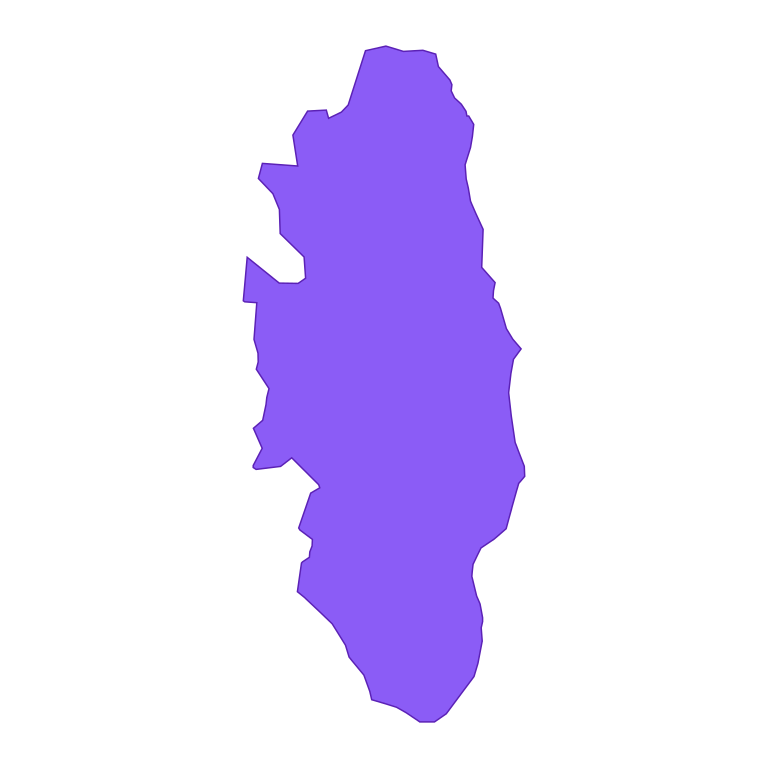 Agaie, Niger, Nigeria
{"feature_id": "59680162B6425058524044", "entity_name": "Agaie", "entity_type": "district", "adm_level": 2, "iso_a3": "NGA", "parent_name": "Nigeria", "parent_adm1": "Niger", "projection": "natural_earth1", "projection_center": [6.472, 8.942], "detail": "fine", "context": "isolated", "style": "filled", "palette": "violet", "viewbox_px": 768, "rotation_deg": 0, "n_neighbors": 0, "source": "geoboundaries", "source_scale": "gbopen_adm2", "svg_char_len": 2534}
<svg xmlns="http://www.w3.org/2000/svg" viewBox="0 0 768 768"><path d="M371.7,699.7L372.0,699.8L386.9,704.2L387.2,704.3L387.5,704.4L396.4,707.2L396.7,707.3L397.0,707.5L406.3,712.8L419.5,721.7L419.7,721.9L420.0,721.9L423.0,721.9L427.1,721.9L427.7,721.9L431.4,721.9L434.2,721.9L434.5,721.9L434.8,721.7L445.9,714.0L446.2,713.9L446.4,713.6L462.3,692.2L473.8,676.8L474.0,676.5L474.1,676.2L477.8,663.8L477.9,663.4L478.0,663.0L482.1,641.6L482.2,641.3L482.2,640.9L481.2,627.8L482.6,621.6L482.6,618.4L482.6,618.1L482.6,617.7L480.7,607.4L480.1,604.3L480.0,603.9L479.9,603.6L478.1,599.4L476.7,596.2L476.6,595.9L476.5,595.5L471.9,576.6L471.8,576.2L471.8,575.8L471.9,575.7L472.0,574.5L472.1,573.1L472.8,566.5L472.9,565.7L473.0,564.8L473.0,564.7L473.1,564.1L473.3,563.8L477.5,555.0L477.8,554.4L480.8,548.3L480.9,548.0L481.2,547.8L490.4,541.6L494.1,539.1L494.4,538.9L494.7,538.6L505.8,529.0L506.1,528.8L506.2,528.5L509.3,517.0L511.6,508.7L511.7,508.1L516.8,489.9L517.1,489.0L518.6,483.8L518.6,483.4L518.9,483.2L521.3,480.4L524.5,476.6L524.7,476.4L524.7,476.0L524.3,466.7L524.3,466.3L524.2,466.0L518.3,450.8L516.2,445.1L515.4,443.2L515.3,442.9L515.2,442.6L515.1,442.2L511.3,416.2L511.3,415.9L511.2,415.4L509.9,403.8L509.8,403.0L508.7,393.1L508.7,392.7L508.7,392.3L510.8,374.5L510.8,374.0L510.9,373.6L513.4,359.8L513.4,359.4L513.6,359.1L520.8,349.3L521.1,348.9L512.8,339.2L506.4,328.7L500.5,308.3L498.6,303.2L494.2,299.2L493.0,298.0L493.5,290.7L495.1,282.6L481.7,267.4L483.1,229.3L475.7,213.2L471.6,203.8L470.5,201.1L468.3,188.0L466.2,179.0L465.1,164.8L470.5,147.6L472.4,136.5L473.7,124.6L473.7,124.4L472.0,121.5L468.7,116.0L468.0,116.0L466.9,116.0L466.0,111.3L461.3,104.2L454.6,98.0L451.2,90.9L451.9,84.7L449.9,80.0L438.4,66.6L435.7,54.1L422.9,50.3L403.4,51.4L385.9,46.1L365.5,50.7L348.2,105.0L341.4,112.1L328.6,118.3L326.3,110.1L307.6,111.1L292.9,135.1L297.7,166.0L262.4,163.4L258.4,178.5L272.9,193.7L279.4,209.5L280.2,233.6L304.1,257.0L305.6,278.2L298.7,283.0L298.1,283.4L279.2,283.1L247.2,257.3L244.5,287.6L243.3,300.8L244.7,301.8L256.8,302.7L254.0,339.4L258.0,353.2L258.2,362.0L256.3,369.2L269.0,388.6L266.8,397.4L266.0,404.6L262.7,420.3L253.4,428.3L262.2,448.3L253.2,465.5L253.2,467.5L256.1,469.4L280.6,466.4L291.7,457.8L318.7,484.7L319.8,487.8L310.7,493.1L298.7,528.0L299.9,530.0L312.4,539.4L312.1,546.0L309.8,551.9L309.4,557.3L302.6,561.8L301.5,563.0L297.4,591.7L304.2,597.2L319.7,611.8L332.2,623.8L338.5,633.9L345.5,645.2L349.1,657.1L352.5,661.3L363.9,675.1L369.8,691.4L371.7,699.7Z" fill="#8b5cf6" stroke="#5b21b6" stroke-width="1.5"/></svg>